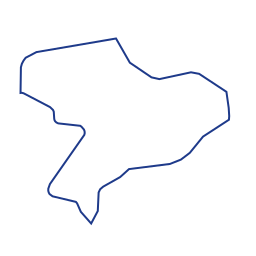 Hackney, Natural Earth projection, rotated 353°
{"feature_id": "GBR-2765", "entity_name": "Hackney", "entity_type": "London Borough", "adm_level": 1, "iso_a3": "GBR", "parent_name": "United Kingdom", "parent_adm1": "", "projection": "natural_earth1", "projection_center": [-0.066, 51.545], "detail": "fine", "context": "isolated", "style": "outline", "palette": "blue", "viewbox_px": 256, "rotation_deg": 353, "n_neighbors": 0, "source": "natural_earth", "source_scale": "10m", "svg_char_len": 750}
<svg xmlns="http://www.w3.org/2000/svg" viewBox="0 0 256 256"><g transform="rotate(353 128 128)"><path d="M42.1,184.0L41.5,182.5L41.2,180.6L41.5,178.5L43.7,174.1L83.8,129.5L84.4,127.8L84.5,125.9L84.1,124.2L82.0,121.1L80.9,120.0L59.3,114.9L57.6,113.8L56.4,112.3L56.0,111.1L55.9,109.8L56.3,102.8L55.8,101.0L53.2,97.8L28.6,80.8L26.8,80.1L25.6,80.1L29.1,54.7L30.5,51.3L32.6,48.3L35.0,45.8L46.4,41.5L127.0,37.7L137.8,63.4L157.5,80.6L165.1,83.3L197.3,80.4L205.2,82.9L230.1,104.1L230.4,120.3L229.9,128.5L229.2,132.1L201.4,145.7L186.3,160.2L176.7,165.8L165.2,168.8L124.0,168.9L114.3,175.7L96.2,183.2L92.9,185.4L91.0,188.4L87.9,206.7L79.8,218.3L71.0,205.5L68.3,196.6L67.3,195.0L44.8,186.6L42.1,184.0Z" fill="none" stroke="#1e3a8a" stroke-width="2"/></g></svg>